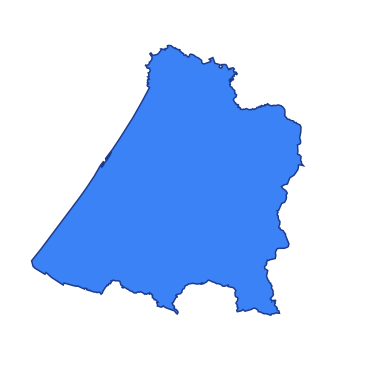 outline of Kebumen, Jawa Tengah, Indonesia, rotated 111°
{"feature_id": "22746128B26305825050369", "entity_name": "Kebumen", "entity_type": "district", "adm_level": 2, "iso_a3": "IDN", "parent_name": "Indonesia", "parent_adm1": "Jawa Tengah", "projection": "natural_earth1", "projection_center": [109.604, -7.644], "detail": "fine", "context": "isolated", "style": "filled", "palette": "blue", "viewbox_px": 384, "rotation_deg": 111, "n_neighbors": 0, "source": "geoboundaries", "source_scale": "gbopen_adm2", "svg_char_len": 5891}
<svg xmlns="http://www.w3.org/2000/svg" viewBox="0 0 384 384"><g transform="rotate(111 192 192)"><path d="M89.8,119.6L90.5,121.5L89.6,122.1L89.3,123.1L89.8,125.3L89.3,127.3L89.8,128.7L87.4,133.0L86.1,133.1L85.7,133.6L85.0,133.5L81.9,134.9L80.1,137.7L79.6,139.5L79.7,142.1L80.2,143.4L81.1,144.4L82.0,147.3L83.0,148.1L83.2,150.9L82.5,153.0L83.4,153.2L83.5,153.8L84.3,154.3L84.4,155.3L85.0,155.3L85.0,154.7L85.3,154.7L85.5,155.6L86.2,156.1L86.3,158.0L87.0,158.1L87.4,159.0L88.1,158.4L88.6,160.3L89.7,160.7L89.7,161.6L90.9,161.8L91.8,163.0L92.7,163.3L92.5,165.2L94.0,166.1L94.0,167.0L94.7,167.8L94.6,171.2L96.2,172.8L96.3,173.8L97.0,174.3L97.0,175.8L97.4,176.4L96.2,177.1L96.3,178.9L95.9,178.5L95.7,179.3L95.4,179.3L95.3,178.6L94.8,180.2L94.0,180.2L94.5,181.1L94.0,181.7L94.0,183.0L93.4,183.1L92.8,184.6L91.0,186.5L88.7,186.0L87.4,184.9L85.3,185.2L84.7,187.4L83.9,187.4L83.1,188.3L82.0,188.4L81.0,191.2L79.9,192.3L79.9,193.3L79.2,194.8L78.0,194.7L77.9,195.4L75.4,195.5L74.9,197.0L74.3,196.6L74.2,194.9L73.8,194.8L73.2,197.1L72.1,195.9L72.7,195.0L72.7,193.9L71.8,193.7L71.5,194.3L70.7,194.6L70.3,195.7L68.9,195.1L68.6,194.1L67.6,194.8L66.2,194.2L66.5,192.5L66.2,192.3L65.5,192.2L65.2,193.2L64.5,193.3L64.5,194.9L65.0,195.9L63.3,197.0L62.0,196.5L61.3,198.3L63.1,200.8L63.6,200.2L64.0,201.2L64.7,201.6L61.2,205.5L61.0,206.6L62.4,210.0L63.1,209.9L64.0,208.6L65.0,208.7L66.0,209.1L66.0,211.0L65.6,211.5L63.9,211.2L63.1,211.6L63.6,216.7L59.0,220.7L61.9,223.6L62.8,221.3L63.6,221.4L67.9,226.3L68.2,227.3L67.9,229.0L65.7,230.2L64.5,234.1L64.5,236.3L63.6,239.2L63.5,241.1L63.9,242.9L64.6,243.3L67.1,243.3L67.5,244.0L66.2,247.0L67.2,248.0L67.2,248.5L65.8,249.6L65.9,250.3L65.4,251.2L65.7,251.9L65.1,252.3L64.8,253.7L63.6,254.1L63.6,255.3L64.1,255.6L64.2,256.4L63.7,257.9L64.0,258.6L63.5,259.0L64.0,259.4L63.7,259.7L64.0,260.3L62.9,264.0L63.5,266.3L64.2,267.4L65.9,266.4L67.3,267.1L67.6,268.3L69.0,268.0L69.2,268.7L68.6,269.1L69.4,270.4L69.2,271.9L69.7,272.5L70.1,271.8L70.9,271.8L74.8,273.0L76.1,273.9L78.2,276.9L78.2,278.2L76.9,280.0L77.3,280.6L78.2,280.8L80.5,277.5L82.9,277.0L85.4,277.7L86.1,278.4L86.9,277.8L88.6,278.3L90.1,279.7L90.1,280.7L90.7,280.7L90.7,279.6L91.9,279.0L92.3,278.3L92.2,277.3L91.8,276.9L92.2,276.2L91.9,275.8L93.7,274.4L95.6,274.7L96.4,275.6L97.4,274.5L98.6,274.3L99.3,273.6L100.1,273.7L100.4,274.5L101.8,272.2L102.4,272.6L102.4,273.4L103.2,273.7L104.7,273.1L106.0,271.7L106.3,272.6L107.1,271.6L108.1,272.2L109.1,271.6L109.6,269.1L125.7,271.1L143.7,273.8L169.2,278.9L181.0,281.6L191.7,284.7L192.5,284.2L191.7,283.5L187.9,283.1L183.3,281.5L188.0,281.9L191.8,282.8L192.1,283.3L192.8,282.9L196.1,284.2L198.8,284.3L201.1,285.1L200.3,286.2L198.0,285.6L194.9,285.5L200.4,287.1L211.6,288.8L225.6,291.9L237.3,294.9L299.2,312.5L313.7,317.1L318.3,313.8L319.4,311.4L321.5,299.8L319.4,299.4L322.1,292.5L325.0,278.9L322.8,278.8L321.8,267.9L321.3,265.7L320.7,265.5L321.2,257.7L320.3,257.7L319.9,256.4L319.9,255.6L321.0,255.5L320.8,252.3L320.3,252.2L320.6,251.1L320.5,247.5L319.8,245.8L320.0,244.7L318.6,242.2L320.0,240.3L318.6,239.5L316.1,239.5L311.4,238.5L310.3,237.8L309.5,238.0L308.9,236.7L307.2,236.8L307.0,235.5L305.5,235.0L303.9,235.7L303.5,234.3L302.5,234.1L302.4,231.8L301.3,229.0L301.3,227.3L304.3,225.0L304.7,222.9L306.1,223.2L306.3,222.0L305.2,221.9L305.5,218.7L305.9,217.7L305.7,216.4L306.4,215.1L306.3,212.4L307.0,209.9L306.3,207.9L304.8,206.9L304.3,205.0L303.6,204.6L303.6,202.2L304.4,199.4L303.7,199.2L303.6,197.5L302.3,196.8L302.5,195.2L301.4,195.3L302.0,194.5L301.5,193.9L302.3,192.9L302.2,192.0L304.7,191.2L305.2,189.5L306.1,188.6L305.7,187.4L307.1,184.1L307.9,185.3L309.7,183.7L310.9,183.5L310.6,182.4L310.7,180.3L310.3,179.0L308.5,177.9L309.1,176.8L309.4,174.7L309.3,165.7L311.0,163.0L311.1,162.0L309.7,161.8L308.6,162.4L307.5,164.4L307.2,167.1L305.7,167.1L304.5,168.3L304.4,169.3L302.7,170.8L302.0,170.0L296.0,169.2L295.4,168.2L294.6,168.5L294.5,170.0L294.2,170.1L292.8,169.1L291.0,166.3L289.3,165.6L286.4,166.0L285.0,164.7L281.9,164.7L280.5,163.0L279.3,162.4L277.0,158.7L276.0,153.9L274.9,152.0L274.8,150.4L273.9,149.1L273.6,150.5L273.3,150.3L273.3,148.6L271.3,146.5L268.4,145.2L268.3,142.7L268.6,141.3L268.4,138.4L268.8,136.1L268.1,134.5L268.0,132.6L268.2,131.2L268.9,129.6L268.4,128.0L266.0,124.9L267.1,124.8L267.3,124.1L266.5,119.0L268.3,115.7L270.7,115.8L273.6,114.3L274.1,113.6L274.2,111.5L274.6,111.2L277.1,110.6L279.1,111.1L280.2,111.0L281.2,109.2L283.0,108.8L283.5,107.5L286.7,107.8L287.5,106.8L285.3,103.4L283.4,102.1L284.2,100.5L284.2,99.7L280.6,94.8L278.5,92.9L277.9,91.3L278.6,88.2L280.0,87.2L279.5,85.2L279.9,81.1L279.1,79.5L278.8,74.3L277.0,73.8L276.4,71.9L274.9,70.5L273.9,66.9L271.9,68.3L271.7,70.0L271.3,70.5L270.3,71.2L270.0,70.8L269.1,71.8L268.2,74.3L267.0,74.7L266.2,74.3L265.3,74.8L264.7,75.9L264.4,75.2L263.6,74.9L263.2,75.3L264.5,78.3L265.4,78.3L263.9,79.6L263.7,80.7L259.5,79.2L258.2,79.4L256.7,80.5L255.7,80.6L254.3,81.8L253.3,83.4L251.0,83.7L250.6,84.6L248.9,86.0L249.0,86.6L248.3,87.9L247.5,88.3L246.8,89.6L243.9,92.3L238.1,93.2L237.5,96.5L235.5,97.6L234.1,96.7L232.2,96.5L231.5,97.4L230.6,97.0L228.6,97.3L228.5,95.9L227.4,95.1L224.3,90.5L221.5,90.9L218.3,92.6L214.6,92.2L213.5,90.9L211.5,85.7L209.4,83.2L208.4,82.6L205.7,82.9L199.1,89.1L197.7,89.7L196.6,91.7L195.4,93.0L195.4,96.1L194.0,97.0L194.2,98.1L193.5,98.5L190.7,98.5L187.9,99.4L187.1,100.8L185.5,102.1L183.5,102.9L183.1,104.0L181.5,104.6L180.1,104.4L179.1,105.8L177.9,104.5L170.5,104.2L168.5,101.9L165.3,101.5L163.3,101.8L161.0,103.1L159.6,102.6L158.5,103.0L157.1,105.0L156.2,108.5L154.8,110.5L152.0,108.2L150.4,105.8L143.8,105.8L139.5,102.7L133.4,101.2L130.5,101.6L128.7,102.3L128.0,101.2L127.5,97.5L126.3,99.7L125.7,100.3L124.6,100.6L123.6,102.0L119.9,102.8L118.7,105.2L119.0,106.7L118.2,107.3L116.1,107.7L110.2,110.4L108.5,108.5L107.2,108.2L105.1,109.1L103.0,110.9L97.2,111.9L92.3,113.5L90.7,115.3L90.4,119.0L89.8,119.6Z" fill="#3b82f6" stroke="#1e3a8a" stroke-width="1.5"/></g></svg>